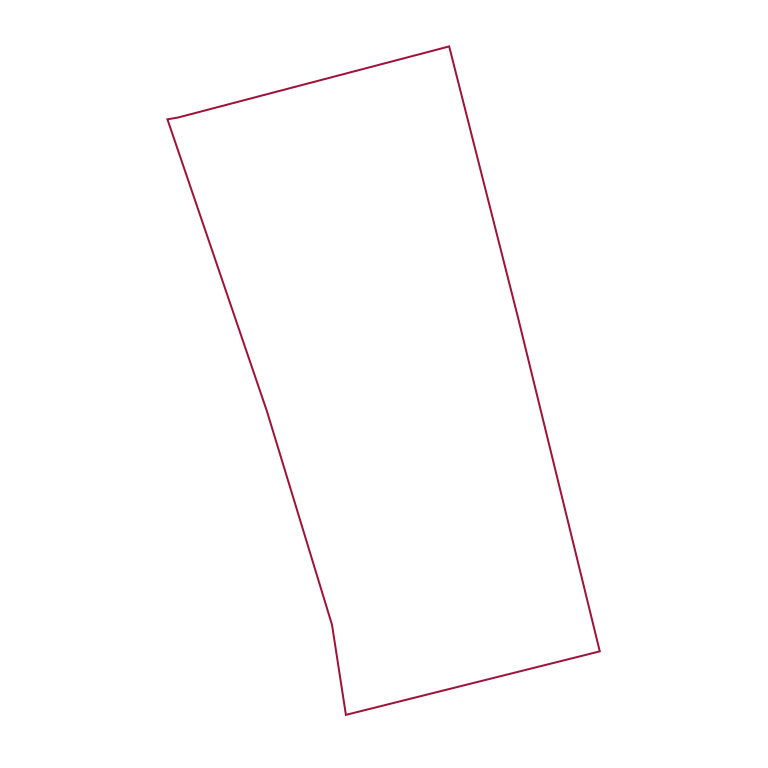 SVG path tracing the border of Nouakchott, rotated 346°
{"feature_id": "MRT-2787", "entity_name": "Nouakchott", "entity_type": "District", "adm_level": 1, "iso_a3": "MRT", "parent_name": "Mauritania", "parent_adm1": "", "projection": "natural_earth1", "projection_center": [-15.953, 18.14], "detail": "fine", "context": "isolated", "style": "outline", "palette": "rose", "viewbox_px": 768, "rotation_deg": 346, "n_neighbors": 0, "source": "natural_earth", "source_scale": "10m", "svg_char_len": 271}
<svg xmlns="http://www.w3.org/2000/svg" viewBox="0 0 768 768"><g transform="rotate(346 384 384)"><path d="M267.0,695.8L275.3,605.1L263.8,381.9L237.9,74.8L248.2,75.6L528.9,72.2L530.1,353.1L528.7,695.6L267.0,695.8Z" fill="none" stroke="#9f1239" stroke-width="2"/></g></svg>